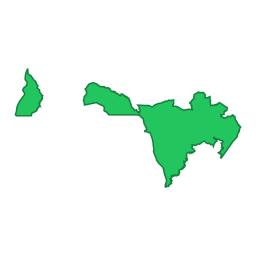 Barra do Bugres, Mato Grosso, Brazil (Albers equal-area conic projection)
{"feature_id": "56859067B85276228121814", "entity_name": "Barra do Bugres", "entity_type": "district", "adm_level": 2, "iso_a3": "BRA", "parent_name": "Brazil", "parent_adm1": "Mato Grosso", "projection": "albers", "projection_center": [-57.646, -15.115], "detail": "fine", "context": "isolated", "style": "filled", "palette": "green", "viewbox_px": 256, "rotation_deg": 0, "n_neighbors": 0, "source": "geoboundaries", "source_scale": "gbopen_adm2", "svg_char_len": 5920}
<svg xmlns="http://www.w3.org/2000/svg" viewBox="0 0 256 256"><path d="M227.5,108.0L219.7,102.7L218.3,103.1L217.8,103.8L217.7,104.5L217.0,104.3L216.6,105.0L216.0,104.5L215.6,104.8L215.0,104.6L214.5,105.3L213.0,105.1L210.8,105.6L210.3,102.5L210.6,101.0L209.9,98.8L210.0,96.6L206.8,98.0L205.0,97.8L205.3,96.4L205.1,94.5L204.2,93.3L203.2,92.5L199.5,92.6L198.6,92.0L194.2,94.5L193.7,99.0L192.5,99.6L190.9,101.9L190.2,102.3L190.3,102.8L189.8,103.0L189.8,103.3L190.5,103.9L190.9,103.9L191.2,104.8L191.2,105.6L191.6,105.6L191.8,106.1L191.5,106.3L191.7,108.5L192.3,109.0L192.4,109.8L188.6,109.2L185.2,110.0L183.4,110.0L181.4,109.2L177.8,106.9L175.6,106.3L172.9,106.2L172.6,106.0L172.9,104.7L173.4,104.6L173.6,103.9L173.6,99.9L170.5,100.5L169.0,100.1L167.1,101.3L165.4,101.1L163.5,102.2L162.6,102.2L161.1,103.2L158.9,103.4L155.8,104.5L154.7,105.0L153.5,106.3L152.7,106.6L151.3,106.6L148.5,105.4L145.4,105.5L137.8,105.1L139.4,107.3L139.1,109.1L140.1,110.1L140.0,111.1L139.3,111.9L139.2,112.2L139.7,112.9L139.4,113.2L138.1,112.5L138.2,111.6L137.1,111.5L136.6,109.8L136.0,110.2L135.1,110.0L134.5,110.4L134.5,109.9L133.6,109.2L133.4,108.6L132.6,108.2L131.1,105.8L131.1,104.5L129.7,101.5L129.9,100.4L129.2,99.9L128.8,98.2L127.8,97.9L127.4,98.1L126.5,97.5L126.8,96.7L125.4,96.1L124.7,96.4L124.2,95.3L123.5,95.4L122.8,94.6L122.8,94.2L122.3,94.1L121.0,94.1L121.0,94.9L120.6,95.7L119.7,95.6L118.9,94.6L117.2,93.5L116.5,93.6L115.9,93.2L115.5,92.0L114.9,91.8L114.9,92.3L114.5,92.4L113.5,91.6L113.4,91.2L112.5,91.5L111.8,91.5L111.0,90.7L109.5,88.4L109.0,88.1L107.7,87.8L107.3,88.0L106.0,87.9L105.3,87.4L104.4,87.5L104.2,86.7L102.0,86.8L99.6,86.4L98.9,85.9L98.9,85.4L97.7,84.9L96.1,83.6L93.4,82.8L92.1,82.9L91.4,83.4L89.5,83.8L88.2,84.9L87.8,86.0L86.9,86.7L86.5,87.9L85.1,89.1L85.5,89.9L86.3,90.7L86.7,92.6L86.0,94.9L84.4,96.3L84.1,97.1L84.1,98.8L83.4,100.6L84.2,102.7L84.5,105.0L96.3,102.6L101.1,105.1L102.0,105.2L103.6,106.3L104.3,107.3L104.0,110.5L105.2,111.6L106.0,111.4L106.4,111.8L107.0,112.8L108.1,113.7L108.6,114.8L139.7,114.9L139.2,115.1L139.1,115.5L140.8,116.3L141.2,117.3L142.0,117.9L143.1,118.2L143.3,120.1L143.8,121.2L143.8,122.8L144.2,123.3L144.3,124.2L145.2,125.6L145.5,126.7L146.7,128.0L146.4,128.8L146.6,129.5L144.9,130.8L144.7,131.5L145.1,131.7L145.4,131.5L146.7,131.6L148.8,132.7L149.6,132.3L150.8,134.4L152.6,140.0L153.2,143.6L153.3,146.3L153.8,147.9L153.9,149.0L153.5,151.6L155.2,156.2L156.4,158.6L156.5,160.1L159.0,163.5L162.6,166.9L163.7,169.6L164.0,172.0L165.0,175.5L166.5,179.8L166.4,181.8L165.4,184.6L165.8,185.1L165.1,186.0L165.5,186.9L166.0,186.7L166.1,186.1L166.5,186.2L166.4,186.7L167.2,186.3L168.0,186.5L168.3,186.1L168.8,186.1L169.2,185.2L169.0,184.8L170.2,184.0L170.8,184.0L171.7,183.0L171.5,182.5L171.1,182.6L171.1,181.8L171.6,181.1L170.6,181.3L170.4,180.9L171.3,180.0L170.4,179.5L170.2,178.9L170.9,179.0L171.4,178.2L171.1,177.4L172.0,177.0L171.5,176.3L171.9,175.6L172.5,175.5L172.6,175.9L173.5,176.3L173.8,176.0L173.7,175.6L174.1,175.6L174.1,175.2L175.0,174.9L175.8,175.7L175.8,175.2L176.3,175.3L177.2,175.0L177.5,175.3L177.7,175.1L178.2,175.3L178.9,174.3L178.6,173.6L179.0,173.7L178.9,173.2L179.5,173.0L179.6,172.5L179.2,170.8L178.8,170.7L178.9,170.1L179.1,169.8L179.9,169.9L180.6,169.4L181.1,169.5L182.3,169.0L182.0,168.7L181.7,168.7L182.0,168.2L183.0,167.6L183.4,168.0L184.5,167.0L183.9,166.3L184.9,166.2L185.2,165.1L184.6,164.6L184.7,164.0L184.4,163.6L184.6,163.1L184.2,163.4L183.5,161.7L183.7,161.4L184.2,161.9L184.9,161.3L185.4,161.4L186.6,160.6L187.0,160.6L187.4,159.3L187.2,158.8L186.9,158.7L186.5,159.1L185.7,158.5L186.5,157.9L186.8,157.2L186.5,154.8L186.9,153.1L188.4,152.4L189.4,153.2L189.4,152.6L190.0,152.9L190.4,152.2L191.1,152.2L191.1,152.8L191.7,153.2L191.9,152.3L193.0,152.5L194.3,151.5L193.7,151.5L194.6,150.7L194.1,150.2L193.8,149.2L192.9,148.9L192.0,148.0L192.2,147.2L191.9,147.1L193.0,145.2L192.7,145.4L192.2,145.0L193.2,144.8L195.3,145.4L196.3,145.2L196.9,144.4L198.2,144.0L199.3,144.2L200.8,143.4L202.4,142.0L204.9,141.2L205.4,141.5L206.1,142.9L208.0,143.6L209.4,143.4L210.4,144.5L212.2,144.7L213.2,145.2L213.4,146.2L214.3,143.6L215.5,142.0L217.0,140.9L213.9,138.0L213.6,137.7L213.9,137.3L217.0,139.2L218.9,139.3L219.8,140.2L220.5,140.1L221.8,140.8L222.7,140.7L223.0,141.8L221.7,143.4L221.3,143.4L222.2,144.4L221.6,145.4L222.1,146.4L221.5,147.4L222.1,147.7L222.8,147.4L223.2,147.6L223.2,148.5L222.5,148.8L222.6,149.4L221.8,149.2L221.3,149.8L220.9,150.0L220.5,151.8L220.0,152.1L219.6,151.9L218.3,152.8L220.9,154.4L221.6,154.2L221.7,154.6L220.6,157.6L221.2,158.0L221.8,157.3L233.4,140.8L234.6,139.9L235.1,139.0L237.0,137.2L237.7,134.0L239.3,131.3L239.0,130.8L239.4,129.5L239.8,129.2L239.8,127.8L240.6,127.1L239.2,125.2L238.2,125.3L238.3,124.4L237.4,123.4L237.5,123.1L236.0,120.5L235.2,119.8L235.1,118.1L234.9,117.6L235.0,116.7L232.7,114.9L231.5,115.7L231.9,116.2L230.7,116.7L227.8,116.2L226.4,117.6L225.3,117.7L224.3,118.2L223.8,118.1L223.7,117.8L222.1,116.7L221.1,116.7L220.8,116.4L221.3,115.5L221.0,114.7L223.1,114.7L224.1,114.3L224.1,111.8L224.3,111.3L224.8,111.3L224.9,110.9L225.6,111.3L225.9,110.8L227.0,110.2L226.9,109.4L227.5,108.0ZM31.2,115.8L31.5,115.4L31.5,114.3L32.1,113.0L32.6,112.4L33.9,112.4L36.1,110.9L36.6,110.9L36.7,109.8L37.1,109.7L37.3,108.8L37.7,108.6L37.6,107.9L39.2,106.8L39.7,106.2L39.4,106.1L39.7,105.7L40.0,105.9L39.2,104.2L39.7,104.0L39.8,103.5L39.3,103.5L39.1,103.2L39.9,102.6L40.1,101.3L41.0,101.1L41.1,100.7L40.7,100.6L40.9,100.3L41.9,99.7L41.7,98.7L42.4,98.5L42.1,96.3L42.7,95.7L41.7,95.0L41.2,93.9L39.6,92.1L39.5,91.7L39.7,90.5L39.4,89.8L37.3,88.1L37.1,87.7L37.8,86.7L37.9,86.1L37.6,85.2L36.6,84.5L36.3,82.8L35.5,81.5L34.8,80.6L34.1,80.3L32.2,77.5L31.7,77.2L31.0,75.8L28.1,73.9L27.7,69.1L27.3,69.3L25.6,73.9L25.1,78.7L25.3,79.8L27.1,82.0L27.1,83.7L26.1,86.0L23.9,87.7L22.8,89.6L22.9,90.8L24.7,93.2L24.6,94.3L23.8,95.7L19.9,100.9L17.9,104.6L17.1,106.7L16.3,111.7L15.4,114.7L16.4,115.8L31.2,115.8Z" fill="#22c55e" stroke="#15803d" stroke-width="1.5"/></svg>